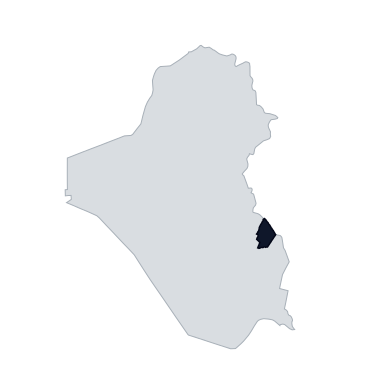 Ali Al-Gharbi, Maysan, Iraq shown in context, rotated 12°
{"feature_id": "34846034B45052357299579", "entity_name": "Ali Al-Gharbi", "entity_type": "district", "adm_level": 2, "iso_a3": "IRQ", "parent_name": "Iraq", "parent_adm1": "Maysan", "projection": "equal_earth", "projection_center": [46.697, 32.421], "detail": "fine", "context": "in_parent", "style": "filled", "palette": "ink", "viewbox_px": 384, "rotation_deg": 12, "n_neighbors": 0, "source": "geoboundaries", "source_scale": "gbopen_adm2", "svg_char_len": 4975}
<svg xmlns="http://www.w3.org/2000/svg" viewBox="0 0 384 384"><g transform="rotate(12 192 192)"><path d="M159.6,55.7L162.2,55.0L166.9,50.9L169.6,47.0L170.5,46.7L172.9,47.9L174.7,48.3L178.7,46.8L181.1,47.6L183.1,48.6L184.2,48.6L189.5,51.0L190.9,51.3L193.7,51.6L197.8,51.7L200.5,50.2L202.4,48.7L203.7,48.7L205.0,49.1L206.1,49.7L207.0,50.8L207.4,52.5L207.2,57.6L207.5,59.0L208.3,59.9L209.2,60.1L210.3,59.0L212.3,57.4L214.8,55.6L216.6,54.0L217.6,53.4L219.3,53.4L220.8,53.7L221.7,54.5L221.7,54.8L222.6,57.2L224.6,66.2L225.8,67.3L227.2,68.3L228.2,69.7L228.5,71.0L228.4,73.1L228.4,75.5L229.0,77.4L229.8,78.8L230.5,79.5L231.6,79.6L232.9,80.0L233.8,81.4L236.6,91.7L236.9,93.1L238.1,93.5L240.0,93.3L242.1,94.4L244.2,96.0L246.2,99.2L247.6,99.7L251.9,99.2L257.8,99.8L260.5,101.4L260.2,102.4L258.1,103.5L254.4,104.8L253.3,107.1L252.6,110.0L252.8,111.6L253.7,113.4L256.3,116.9L256.4,118.2L256.9,120.0L257.4,121.3L256.8,123.6L254.4,125.3L251.3,127.1L244.9,135.0L244.4,136.8L244.5,141.5L243.8,142.8L241.8,142.8L240.2,142.6L240.2,144.2L239.1,146.4L238.6,148.3L240.9,152.9L241.3,155.3L240.9,157.5L238.7,161.2L237.4,163.8L237.7,164.4L239.4,165.4L244.6,173.7L246.3,176.6L248.6,175.9L249.4,175.9L250.0,176.4L250.4,177.4L250.4,178.6L249.9,180.5L252.7,181.3L253.7,183.2L257.0,189.7L256.9,191.6L255.3,194.7L255.3,196.7L255.6,198.6L256.1,199.2L261.0,199.5L263.1,200.2L268.2,203.5L274.0,208.7L278.7,212.9L282.8,216.4L287.1,216.2L288.3,216.8L289.4,217.9L290.6,220.9L293.1,227.6L295.2,229.8L298.5,235.1L301.6,240.1L299.6,246.9L297.7,254.0L297.7,263.2L297.7,268.2L301.9,268.4L306.5,268.6L306.6,274.5L306.7,280.4L306.7,287.2L308.1,287.5L310.3,289.0L311.2,291.2L312.4,292.4L313.8,292.6L315.2,293.6L316.6,295.6L317.1,297.1L316.7,298.1L317.0,299.9L318.0,302.5L319.2,303.7L321.0,305.2L318.6,306.0L315.9,305.4L310.2,302.4L308.3,302.3L305.9,303.4L305.8,304.4L299.8,301.1L297.6,300.4L296.9,300.3L293.4,300.4L288.5,301.0L285.6,302.3L283.6,303.8L282.7,305.2L282.4,306.0L280.8,310.1L279.0,315.5L277.1,320.3L273.5,327.1L271.4,330.3L267.1,336.1L262.4,337.3L251.5,336.2L239.4,334.9L227.3,333.6L218.4,332.7L217.7,332.3L208.9,324.0L201.9,317.4L193.3,309.2L184.5,300.8L175.5,292.3L169.1,286.2L161.2,278.3L154.1,271.1L148.5,265.4L141.3,260.4L135.6,256.6L127.4,250.9L120.9,246.4L115.3,242.6L106.7,236.6L103.8,235.0L94.8,233.0L86.2,231.4L77.4,229.6L71.5,228.5L75.5,224.3L74.4,220.5L71.6,221.2L68.9,222.1L67.5,216.2L69.6,215.5L67.9,207.9L66.2,200.0L64.6,192.4L63.0,184.7L70.6,179.7L76.2,176.0L84.2,170.8L91.8,165.9L99.1,161.1L107.1,155.9L114.2,151.2L120.7,149.3L122.1,147.8L125.1,141.5L127.8,136.1L127.9,134.8L128.1,127.1L128.7,118.1L129.7,113.3L131.2,109.0L132.6,106.0L132.8,103.1L132.7,100.1L131.4,95.7L130.1,91.1L130.4,86.6L130.7,84.2L131.6,80.4L133.2,77.7L134.9,75.9L141.0,74.2L144.6,73.1L149.5,68.2L152.4,65.3L156.4,60.7L159.4,57.3L159.6,56.1L159.6,55.7Z" fill="#d9dde1" stroke="#a8b0b8" stroke-width="1"/><path d="M282.7,216.3L282.5,216.2L282.3,216.1L282.1,215.8L281.6,215.3L281.4,215.1L281.2,214.8L281.1,214.5L280.7,214.2L280.3,213.8L280.0,213.5L279.8,213.2L279.7,213.0L279.6,212.9L279.4,212.7L279.1,212.5L278.7,212.2L278.4,212.0L278.2,211.8L278.1,211.6L278.0,211.4L277.9,211.3L277.7,211.2L277.5,210.9L277.4,210.8L277.1,210.7L276.8,210.5L276.7,210.4L276.5,210.1L276.4,210.0L276.3,209.8L276.1,209.5L275.9,209.3L275.6,209.0L275.4,208.8L275.2,208.6L275.0,208.3L274.9,208.2L274.6,208.0L274.3,207.9L274.1,207.8L273.9,207.7L273.6,207.2L273.4,207.0L273.2,206.8L273.1,206.6L272.9,206.4L272.7,206.1L272.3,205.9L272.1,205.8L271.9,205.7L271.7,205.6L271.5,205.3L271.4,205.1L271.1,205.0L270.9,204.9L270.7,204.7L270.4,204.3L270.3,204.1L270.2,204.0L270.1,203.9L269.9,203.8L269.5,203.6L269.1,203.3L268.9,203.2L268.5,202.9L268.3,203.1L268.2,203.2L268.1,203.3L267.8,203.5L267.6,203.6L267.4,203.8L267.3,204.0L267.5,204.2L267.6,204.3L267.8,204.5L267.8,204.9L267.7,205.0L267.2,205.8L267.0,206.3L266.9,206.7L266.8,207.2L266.7,207.7L266.5,208.3L266.1,209.2L265.9,209.9L265.6,211.0L265.5,211.5L265.2,212.5L265.2,212.9L265.3,213.1L265.3,213.4L265.3,213.5L265.3,214.3L265.3,214.8L265.3,215.2L265.3,215.7L265.2,216.0L265.1,216.6L264.9,216.8L264.8,217.0L264.7,217.2L264.7,217.6L264.7,217.8L264.8,218.0L264.6,218.2L264.5,218.5L264.3,218.8L264.1,219.3L264.0,219.5L263.9,219.7L264.4,219.9L264.8,219.9L265.0,220.0L265.4,220.1L265.5,220.4L265.7,220.9L265.8,221.2L265.8,221.8L265.6,222.5L265.4,223.0L265.3,223.4L265.2,223.5L265.2,224.2L265.1,224.7L265.1,224.9L265.6,225.1L266.5,225.7L267.5,226.3L268.2,226.8L268.7,227.0L268.9,227.2L268.7,228.1L268.5,229.7L268.1,231.6L268.0,232.6L267.9,233.0L268.3,233.1L268.8,232.9L269.2,233.2L269.7,233.0L270.2,232.7L270.7,232.2L271.2,231.9L271.6,231.7L272.1,231.6L272.6,231.7L273.0,231.6L273.5,231.1L273.9,230.8L274.0,230.7L274.7,230.6L275.6,230.8L276.0,230.4L276.6,230.2L277.3,230.1L277.5,229.5L277.8,228.8L278.1,228.0L278.5,227.1L278.8,226.1L279.2,225.3L279.6,224.3L279.9,223.3L280.4,222.1L281.0,220.7L281.4,219.5L281.9,218.4L282.4,217.2L282.7,216.3Z" fill="#0f172a" stroke="#020617" stroke-width="1.5"/></g></svg>